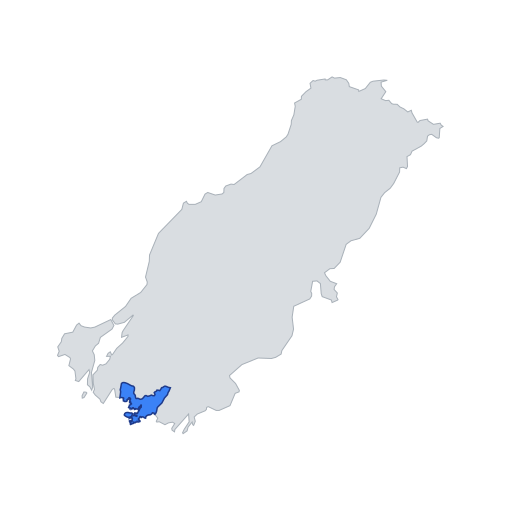 Izmir highlighted on a map of Turkey, rotated 312°
{"feature_id": "TUR-2230", "entity_name": "Izmir", "entity_type": "Province", "adm_level": 1, "iso_a3": "TUR", "parent_name": "Turkey", "parent_adm1": "", "projection": "natural_earth1", "projection_center": [26.887, 38.676], "detail": "fine", "context": "in_parent", "style": "filled", "palette": "blue", "viewbox_px": 512, "rotation_deg": 312, "n_neighbors": 0, "source": "natural_earth", "source_scale": "10m", "svg_char_len": 8211}
<svg xmlns="http://www.w3.org/2000/svg" viewBox="0 0 512 512"><g transform="rotate(312 256 256)"><path d="M395.5,182.3L402.8,184.8L405.1,182.9L411.6,183.2L417.5,184.5L420.5,180.6L424.6,181.0L425.5,183.0L427.5,183.8L433.8,188.9L433.2,189.6L434.8,191.4L440.0,192.7L440.7,195.3L445.0,199.2L447.4,205.2L446.4,209.4L444.3,212.0L448.1,221.1L447.1,222.3L453.6,225.2L461.6,224.7L464.2,226.0L472.3,233.2L474.4,236.0L468.9,232.6L466.1,235.5L465.0,242.5L456.6,243.8L458.2,248.4L460.6,250.5L460.0,254.9L460.8,256.6L463.2,259.4L463.1,263.3L464.3,267.4L464.6,272.4L468.2,273.9L466.7,276.2L463.4,286.2L463.7,287.0L466.4,287.2L472.5,291.9L471.6,293.4L472.6,299.8L477.9,304.0L477.2,306.1L477.5,308.3L473.8,307.3L466.5,313.0L465.7,312.9L464.6,310.9L464.0,305.2L462.1,303.7L459.8,303.3L455.8,305.9L452.1,305.8L448.3,305.3L438.3,301.8L434.7,303.0L430.9,301.7L423.9,308.7L421.6,309.3L420.4,305.8L417.7,303.8L414.5,306.5L402.1,309.8L396.3,310.4L389.1,309.2L383.2,309.6L367.5,317.4L352.3,321.6L338.6,321.3L330.9,316.4L325.0,315.2L307.7,322.7L299.0,322.4L296.0,319.4L289.4,318.1L288.1,321.0L286.9,328.1L289.4,334.5L285.7,334.9L283.4,336.4L282.9,341.2L279.5,343.1L278.5,346.1L277.9,346.2L272.3,343.7L273.7,341.4L270.1,332.4L271.7,329.6L278.6,322.3L278.3,318.0L275.1,315.0L266.3,320.4L265.5,322.4L263.5,324.1L260.1,324.7L243.9,317.7L234.7,323.8L226.8,332.8L220.8,336.1L203.0,338.5L199.9,340.3L193.8,338.4L190.1,336.0L181.6,325.8L165.9,318.2L149.4,316.3L148.0,318.3L147.6,326.1L145.0,333.5L143.7,334.3L140.0,332.4L127.4,336.8L116.5,331.9L114.6,329.8L112.1,321.3L110.5,320.6L108.8,321.8L107.0,321.8L99.2,318.1L95.0,317.8L92.5,321.5L88.4,323.0L88.3,321.9L89.9,319.6L83.4,320.0L79.9,321.8L75.2,320.7L75.5,319.7L79.3,318.6L88.0,317.3L93.5,311.6L72.8,311.8L70.8,313.1L70.4,310.1L71.6,308.7L77.1,307.7L76.7,305.2L73.4,302.6L69.7,301.2L68.1,295.0L66.2,293.4L66.4,292.5L69.8,291.5L70.5,286.9L70.0,284.1L63.3,281.7L61.8,281.9L60.2,279.5L57.3,277.8L55.0,279.2L48.2,275.5L49.5,272.9L51.1,272.9L51.4,270.8L50.1,267.3L50.3,265.5L51.7,265.0L53.4,265.4L55.1,267.5L55.3,271.5L57.1,273.8L58.3,271.5L61.4,272.8L66.9,271.5L68.0,270.5L63.9,270.6L62.5,269.6L59.2,263.1L62.5,261.2L64.9,258.0L60.4,255.8L61.2,251.4L57.3,246.3L62.6,239.8L62.3,238.9L60.6,238.5L44.2,241.2L43.9,238.3L45.2,235.8L45.1,229.6L45.8,226.2L48.8,225.2L52.6,220.2L58.6,214.4L64.9,214.5L67.4,212.9L71.1,212.8L72.2,215.1L75.5,216.7L81.3,216.4L84.1,214.9L81.4,212.1L84.7,211.2L87.3,211.8L85.9,215.0L86.7,215.3L94.2,214.3L102.0,215.1L110.6,214.7L111.7,213.7L105.6,210.5L109.4,207.8L111.6,207.2L129.7,204.7L129.8,204.1L118.7,202.6L112.9,198.9L111.4,196.9L112.4,192.1L113.7,190.8L117.6,190.6L131.3,192.8L141.0,191.5L151.7,194.7L161.8,194.1L163.9,192.6L166.4,188.0L180.6,180.3L185.5,176.2L207.6,168.4L241.0,169.7L246.7,166.7L250.1,167.7L249.3,169.7L249.5,171.6L253.7,176.3L259.7,179.0L267.9,176.7L270.9,177.6L274.0,184.9L279.4,189.3L281.7,189.6L284.8,187.0L287.8,186.7L292.7,189.3L294.5,191.9L310.6,194.9L314.0,197.1L324.9,199.3L348.6,194.1L357.4,197.7L364.8,198.8L367.9,198.3L377.4,194.1L380.3,191.7L386.2,189.7L393.5,185.0L395.5,182.3ZM87.7,169.4L87.1,172.6L88.5,176.2L91.9,181.3L95.3,183.8L111.6,190.6L109.3,196.9L105.3,197.9L91.4,194.8L85.8,197.4L81.7,196.8L76.0,197.9L74.4,201.8L70.5,206.1L59.4,211.6L49.2,222.4L46.3,223.7L47.6,220.1L47.5,216.9L51.9,213.1L58.2,210.3L59.8,207.9L44.1,208.3L42.6,205.0L44.2,204.4L49.3,198.5L49.8,196.1L49.3,190.3L55.5,187.0L56.0,185.6L55.0,179.9L49.1,176.6L49.3,175.0L53.5,173.5L55.8,169.5L62.0,168.7L64.9,166.8L70.1,165.8L76.8,170.8L84.6,168.9L87.7,169.4ZM41.0,222.0L35.7,222.9L34.1,222.0L35.7,220.3L39.8,219.1L41.1,220.8L41.0,222.0Z" fill="#d9dde1" stroke="#a8b0b8" stroke-width="1"/><path d="M70.7,286.7L70.8,286.4L70.8,286.1L70.7,285.9L71.0,285.6L70.8,284.9L70.2,283.9L69.6,284.1L68.7,284.1L67.9,283.9L67.3,283.7L67.2,283.5L67.1,283.3L67.0,283.2L66.8,283.1L66.6,283.1L66.4,283.0L66.2,282.8L66.1,282.4L65.9,282.2L65.3,282.1L64.1,281.6L63.5,281.6L62.7,281.7L62.3,281.9L62.2,281.9L62.1,282.0L61.9,282.4L61.7,282.5L61.5,282.4L61.0,281.3L61.1,281.0L61.1,280.5L61.0,280.1L60.8,279.7L60.6,279.3L60.1,278.8L59.9,278.6L59.4,278.8L59.3,278.4L59.4,277.6L59.1,277.3L58.7,277.3L58.3,277.5L57.9,277.6L56.4,277.6L56.2,277.7L55.9,279.5L55.8,279.4L55.7,279.3L55.7,279.8L55.7,280.1L55.5,280.4L55.3,280.5L55.1,280.4L54.8,279.7L54.6,279.3L54.6,280.0L54.4,280.0L54.1,279.8L53.6,279.3L53.5,279.0L53.4,278.7L53.5,278.3L52.9,278.5L52.3,278.0L51.7,277.4L51.2,277.2L51.3,277.6L51.3,277.8L51.2,277.8L51.0,277.6L50.5,277.1L50.6,276.8L50.6,276.5L50.6,276.3L50.5,276.0L50.4,276.0L50.2,276.8L49.7,276.9L49.1,276.7L48.3,276.1L48.1,276.0L46.9,275.6L46.9,275.4L47.0,275.0L47.6,275.3L47.9,274.9L48.1,274.3L48.6,274.2L48.2,273.7L48.1,273.2L48.3,272.9L48.6,273.2L48.7,272.9L48.8,272.8L48.9,272.6L49.0,273.0L49.0,273.3L49.0,273.6L48.8,273.8L49.0,274.0L49.3,274.0L49.5,274.0L49.6,274.3L50.1,274.4L50.4,274.3L50.6,274.2L50.4,273.8L50.4,273.6L50.7,273.8L50.9,273.9L51.2,273.8L51.4,273.7L52.0,273.3L52.2,273.2L52.5,272.9L52.5,272.4L52.3,271.8L51.9,271.5L51.9,271.2L52.5,271.5L52.8,271.8L53.0,271.8L53.4,271.0L53.0,270.8L52.5,270.3L52.0,270.2L51.7,269.9L51.3,270.0L51.1,270.4L50.9,270.4L50.5,270.4L50.7,270.0L50.8,269.5L50.8,269.1L50.1,268.1L50.2,268.3L50.1,267.9L49.9,267.1L49.8,266.9L49.8,266.7L49.6,265.6L49.6,265.2L49.6,264.8L49.8,264.4L50.0,264.3L50.3,264.3L50.8,264.0L51.1,263.9L51.7,264.0L52.3,264.1L52.8,264.4L53.2,264.7L54.0,265.5L54.4,266.1L54.5,266.5L55.0,267.3L55.6,268.1L55.8,268.3L56.0,268.4L56.1,268.6L56.2,268.9L56.3,269.2L56.2,269.5L56.3,269.7L56.4,270.0L56.2,270.2L55.9,270.1L55.6,270.0L55.4,270.1L55.1,270.2L55.5,270.4L55.5,270.7L55.3,271.0L55.1,271.5L55.7,271.5L55.9,271.8L56.0,272.3L56.3,272.7L56.7,274.0L57.1,274.7L57.6,274.5L57.7,274.1L57.5,273.9L57.2,273.6L57.0,272.4L57.1,271.9L57.4,271.4L57.7,271.1L58.1,271.2L58.3,271.0L58.5,271.3L58.8,271.9L59.2,273.0L59.3,273.0L59.6,272.9L59.9,273.2L60.2,273.1L60.6,272.9L61.1,272.8L62.9,272.6L64.0,272.1L64.4,272.0L64.5,272.0L64.8,271.7L65.2,271.6L65.4,271.7L65.6,271.8L65.9,271.6L66.0,271.6L66.7,271.9L67.2,271.6L67.8,271.0L68.4,270.6L68.4,270.4L68.2,270.3L67.9,270.4L67.8,270.2L67.3,270.4L66.6,270.4L66.4,270.4L65.8,270.2L65.1,270.2L63.7,270.8L63.2,271.0L63.4,270.6L63.0,270.4L62.3,269.3L61.9,269.1L61.4,268.9L61.1,268.7L60.6,268.4L60.3,267.9L60.7,268.2L61.1,268.5L61.7,268.9L62.1,268.9L62.1,268.7L61.8,268.3L61.5,268.1L61.2,267.9L60.8,267.7L60.9,267.4L61.0,266.6L61.1,266.3L60.8,266.0L60.6,266.1L60.3,266.3L59.9,266.3L60.0,266.0L60.0,265.9L59.5,265.7L59.2,265.7L58.9,265.7L59.0,265.6L59.0,265.2L58.8,265.1L58.6,265.0L58.1,264.7L58.3,264.5L58.5,264.4L58.9,264.3L58.5,263.6L58.3,263.3L58.1,262.7L58.6,262.5L59.8,262.2L60.4,261.7L60.6,261.8L60.7,262.0L61.0,262.0L61.7,262.3L62.1,262.4L62.4,262.3L62.3,261.9L62.5,261.8L62.7,261.6L62.8,261.5L63.0,261.8L63.1,261.5L63.1,261.3L63.1,261.1L63.0,260.8L62.9,261.0L62.4,260.2L63.2,259.6L63.3,260.2L63.7,260.3L64.0,259.9L63.7,259.2L64.1,259.1L64.4,258.9L64.7,258.6L64.9,258.4L65.4,258.7L65.9,258.4L66.1,258.0L65.6,257.8L66.0,257.0L66.0,256.7L65.6,256.4L65.2,256.8L64.9,256.9L64.7,257.0L64.2,257.0L64.1,256.9L63.9,256.5L63.8,256.4L63.5,256.5L63.3,256.7L63.1,256.7L62.9,256.4L62.6,256.7L61.8,257.1L61.5,257.2L61.3,257.1L60.9,256.5L60.6,256.4L60.2,256.1L59.9,255.5L60.0,254.7L60.3,254.3L60.3,254.1L60.2,254.1L59.9,254.1L60.2,253.7L60.7,253.3L61.3,253.0L61.7,252.9L61.9,252.6L61.7,252.1L61.2,251.2L60.6,250.4L60.2,250.2L59.5,249.8L64.5,246.3L64.9,245.8L65.3,245.2L65.8,244.6L66.4,244.2L67.1,243.9L71.3,241.3L72.6,241.6L73.6,242.5L74.3,243.7L75.2,245.9L76.0,249.4L76.3,250.4L77.2,252.0L77.0,253.5L76.4,254.2L74.9,255.4L73.4,256.0L72.2,256.9L71.9,257.9L71.8,259.0L71.3,260.0L70.6,260.7L70.0,261.7L69.9,262.3L70.5,263.0L70.9,263.1L71.4,263.8L72.0,265.8L73.4,266.9L75.0,267.1L77.6,267.0L78.1,267.1L78.8,267.8L79.2,269.4L80.8,270.5L82.6,271.3L82.8,271.7L83.1,272.6L83.3,273.0L84.2,273.9L85.4,273.7L86.0,272.7L86.3,271.8L87.4,271.8L88.5,272.3L89.3,272.4L90.0,272.1L90.9,273.2L91.5,274.6L93.8,274.3L94.7,274.0L95.3,274.1L95.7,274.6L96.6,274.8L97.1,274.9L98.1,275.2L98.8,276.0L99.8,278.9L100.8,280.5L97.2,281.8L96.2,281.9L95.3,282.2L94.5,282.6L93.7,283.0L89.2,283.0L83.8,284.4L78.1,284.0L77.0,284.2L74.1,286.0L72.3,286.7L70.7,286.8L70.7,286.7Z" fill="#3b82f6" stroke="#1e3a8a" stroke-width="1.5"/></g></svg>